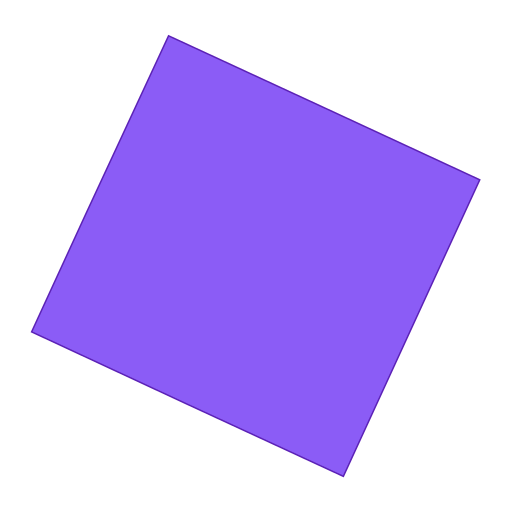 outline of Mahaska, Iowa, United States of America, rotated 25°
{"feature_id": "52423323B68669708686879", "entity_name": "Mahaska", "entity_type": "district", "adm_level": 2, "iso_a3": "USA", "parent_name": "United States of America", "parent_adm1": "Iowa", "projection": "natural_earth1", "projection_center": [-92.705, 41.335], "detail": "fine", "context": "isolated", "style": "filled", "palette": "violet", "viewbox_px": 512, "rotation_deg": 25, "n_neighbors": 0, "source": "geoboundaries", "source_scale": "gbopen_adm2", "svg_char_len": 269}
<svg xmlns="http://www.w3.org/2000/svg" viewBox="0 0 512 512"><g transform="rotate(25 256 256)"><path d="M83.7,93.4L84.0,289.7L84.7,419.6L256.2,419.4L428.3,418.8L426.6,92.4L254.8,92.8L169.5,93.1L83.7,93.4Z" fill="#8b5cf6" stroke="#5b21b6" stroke-width="1.5"/></g></svg>